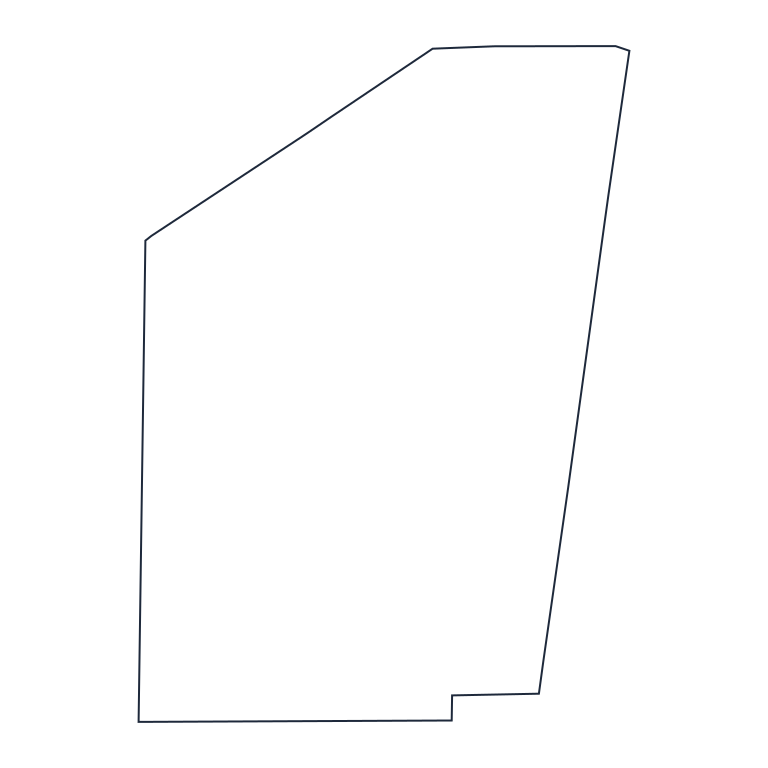 Ripley, Indiana, United States of America
{"feature_id": "52423323B48064800359713", "entity_name": "Ripley", "entity_type": "district", "adm_level": 2, "iso_a3": "USA", "parent_name": "United States of America", "parent_adm1": "Indiana", "projection": "equal_earth", "projection_center": [-85.227, 39.112], "detail": "fine", "context": "isolated", "style": "outline", "palette": "slate", "viewbox_px": 768, "rotation_deg": 0, "n_neighbors": 0, "source": "geoboundaries", "source_scale": "gbopen_adm2", "svg_char_len": 327}
<svg xmlns="http://www.w3.org/2000/svg" viewBox="0 0 768 768"><path d="M145.4,240.6L138.6,721.9L451.7,720.5L452.1,695.4L538.9,693.7L543.2,662.2L568.2,487.4L604.6,222.5L608.4,195.2L629.4,50.8L615.5,46.1L493.8,46.3L432.6,48.7L331.0,117.0L306.9,133.4L151.5,235.8L145.4,240.6Z" fill="none" stroke="#1e293b" stroke-width="2"/></svg>